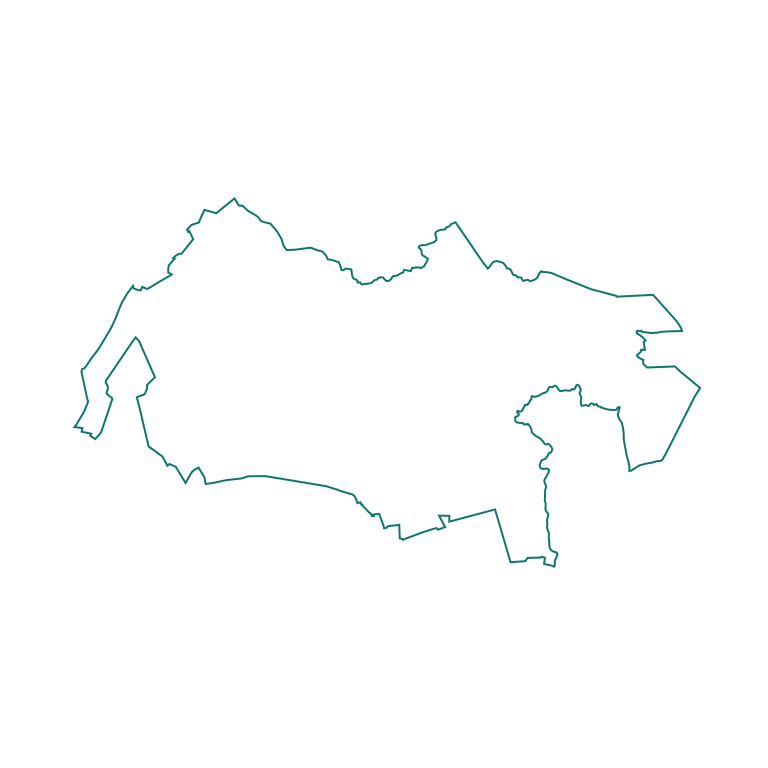 Coroneo, Guanajuato, Mexico (Albers equal-area conic projection), rotated 262°
{"feature_id": "50627088B99692357017309", "entity_name": "Coroneo", "entity_type": "district", "adm_level": 2, "iso_a3": "MEX", "parent_name": "Mexico", "parent_adm1": "Guanajuato", "projection": "albers", "projection_center": [-100.395, 20.217], "detail": "fine", "context": "isolated", "style": "outline", "palette": "teal", "viewbox_px": 768, "rotation_deg": 262, "n_neighbors": 0, "source": "geoboundaries", "source_scale": "gbopen_adm2", "svg_char_len": 6148}
<svg xmlns="http://www.w3.org/2000/svg" viewBox="0 0 768 768"><g transform="rotate(262 384 384)"><path d="M402.4,684.1L406.2,682.0L434.8,662.9L438.1,626.5L439.0,626.2L449.0,602.4L461.7,580.1L470.6,565.3L472.0,561.1L472.9,557.0L473.3,555.7L473.7,555.3L471.2,552.4L470.1,552.3L469.4,551.5L467.7,550.3L466.2,547.4L465.5,543.1L467.2,540.8L467.0,538.0L466.6,536.8L467.0,535.9L470.1,534.7L470.9,533.1L470.9,531.4L473.2,529.8L473.9,527.4L474.7,526.9L480.0,525.1L481.0,523.3L481.4,521.7L483.5,521.2L487.1,519.1L488.0,517.6L490.1,512.7L489.6,508.9L484.5,503.9L483.8,502.8L491.3,498.6L534.2,477.3L532.9,472.5L531.6,471.4L530.8,469.7L530.2,467.1L528.7,466.5L528.7,461.5L528.4,459.2L527.7,457.4L526.8,456.2L525.6,455.6L520.7,456.2L519.2,455.8L517.6,453.7L515.7,443.9L516.3,441.2L515.8,438.3L514.4,437.4L511.2,439.7L507.7,439.4L506.4,439.8L502.0,445.0L498.5,442.9L495.1,440.1L493.7,437.0L495.0,433.2L494.8,430.7L495.0,428.0L492.1,426.2L494.2,419.8L491.7,418.2L491.3,416.1L489.7,412.6L489.4,407.6L486.7,405.5L485.5,403.2L485.7,400.6L489.6,397.8L490.1,395.8L489.9,393.2L488.5,391.8L487.9,388.4L485.7,385.6L485.7,375.8L488.1,374.3L488.1,372.0L489.9,372.0L490.9,371.4L492.3,368.9L493.9,367.9L496.3,367.6L502.0,367.5L503.7,362.1L502.3,359.5L502.8,357.7L507.1,357.2L510.9,356.2L514.4,349.0L515.2,345.7L519.2,344.5L523.8,341.4L525.2,337.7L529.2,330.3L529.4,313.9L530.3,306.2L534.4,303.9L542.1,302.6L549.8,299.4L558.6,293.9L560.5,288.9L562.4,285.0L566.4,282.8L568.9,280.5L574.2,273.7L580.2,268.7L581.0,265.1L588.6,261.8L576.5,241.7L581.4,230.3L574.9,226.2L569.7,223.2L568.3,215.3L564.2,210.4L561.8,211.2L562.4,212.5L553.9,215.2L541.3,201.7L541.3,198.6L539.7,195.0L538.1,192.8L537.3,194.2L531.7,187.6L529.0,186.6L524.5,185.8L521.9,189.0L516.0,174.5L511.0,162.9L513.8,158.1L510.6,156.2L511.4,153.3L513.4,149.4L516.1,149.1L508.7,141.7L500.5,135.4L496.4,132.9L487.6,128.0L478.5,122.3L472.6,117.7L460.4,107.8L456.1,103.9L450.3,97.9L443.1,91.5L440.9,89.0L440.9,87.5L439.4,86.5L438.2,86.1L410.0,88.1L407.8,88.6L400.9,84.7L397.3,82.3L386.3,73.5L384.4,71.5L382.4,79.2L378.8,77.9L375.5,87.2L373.6,85.9L369.7,90.4L375.2,97.0L407.0,112.9L407.9,112.7L411.1,109.6L413.1,108.1L414.8,108.4L417.6,109.8L420.2,110.2L422.8,109.1L424.7,108.6L426.0,109.1L461.8,141.6L464.7,144.6L460.7,147.4L422.6,158.1L415.9,149.1L412.8,148.9L407.5,145.9L406.9,144.4L405.3,137.3L395.8,138.5L354.9,142.2L343.1,154.4L333.2,158.2L334.6,160.3L331.1,166.2L313.6,173.7L322.9,180.9L324.6,183.0L325.5,184.5L327.0,188.7L316.4,193.3L311.3,193.3L309.8,193.6L309.9,203.7L310.6,211.0L310.7,216.3L310.3,229.5L311.5,236.7L310.2,247.1L309.1,254.3L290.8,312.6L285.3,324.1L284.6,325.1L281.7,331.2L279.1,337.3L277.2,339.2L275.4,339.9L269.7,341.1L270.2,344.1L267.4,344.9L267.5,345.8L265.4,346.5L263.2,348.3L259.0,351.2L258.0,352.6L256.7,353.4L254.8,353.7L254.7,355.7L256.1,355.5L256.3,356.8L256.0,361.1L243.5,363.8L241.1,364.0L241.2,366.6L242.2,367.4L242.7,368.8L242.4,376.1L242.5,379.5L228.9,378.1L227.7,381.0L227.0,381.3L227.6,382.7L231.6,400.7L234.1,415.5L233.4,416.4L232.2,417.3L233.8,424.6L246.0,420.2L244.3,430.4L238.6,429.5L244.3,476.5L189.9,484.5L188.9,499.3L191.8,502.0L190.3,515.4L191.0,515.9L189.6,519.2L183.6,517.5L182.8,519.3L180.6,525.4L179.4,526.7L179.6,527.2L180.8,528.0L184.5,528.4L185.6,528.8L189.4,531.3L191.3,532.1L192.7,531.7L193.3,531.2L194.5,528.4L195.9,526.7L196.8,526.0L198.7,525.4L200.9,525.2L203.7,525.7L204.6,525.5L206.5,525.9L209.8,525.9L213.0,526.6L216.3,525.8L219.4,525.5L222.3,526.2L226.9,526.6L230.6,528.2L232.3,528.6L233.3,528.3L234.9,527.1L237.0,526.4L243.6,527.5L245.3,527.0L246.1,527.0L255.8,528.7L257.2,529.1L259.2,530.1L260.3,530.3L264.3,529.3L265.8,529.3L267.1,529.7L271.3,533.1L274.0,534.9L274.9,535.2L276.2,535.3L277.0,534.7L277.5,533.8L277.8,531.9L277.5,530.7L277.6,530.1L278.3,528.2L279.1,527.3L281.6,526.8L282.3,527.0L285.7,528.8L286.4,529.4L287.6,533.6L288.0,534.2L290.5,536.3L292.4,537.3L292.8,537.8L292.9,538.3L292.6,539.2L293.2,540.0L295.8,541.6L296.3,541.6L298.4,540.9L300.9,539.4L301.5,538.7L301.7,538.0L301.6,536.0L302.3,534.9L303.1,534.3L305.2,533.4L306.3,532.4L307.9,531.5L311.6,527.0L314.3,524.5L315.5,523.8L316.7,523.6L318.6,523.7L319.9,523.3L322.3,522.3L324.4,521.0L324.4,520.6L324.0,520.0L324.0,519.3L324.6,518.5L324.3,517.3L324.9,516.6L325.8,516.3L326.1,515.7L326.7,512.6L327.2,511.0L328.1,509.3L329.5,508.9L332.6,509.3L333.0,509.6L333.5,511.5L334.0,512.5L334.3,513.0L335.1,513.3L336.1,513.0L337.1,512.0L338.3,512.0L338.8,512.6L337.7,514.7L337.8,516.3L339.5,518.0L341.0,518.8L342.5,520.1L343.6,520.7L343.7,521.6L343.3,522.6L343.5,523.3L344.3,523.7L344.4,524.4L345.0,524.9L347.5,526.4L348.0,527.7L350.0,528.0L351.3,528.6L351.3,529.2L350.6,530.3L350.3,531.9L350.4,532.8L350.9,535.6L352.7,539.7L352.9,542.4L354.5,544.9L355.2,545.5L357.2,546.4L357.9,547.1L357.9,548.2L357.4,550.3L357.5,550.8L358.5,552.3L358.5,553.2L357.4,554.6L356.1,555.4L354.4,555.9L352.9,556.9L352.6,557.3L352.3,559.2L352.6,561.9L351.6,566.7L351.6,568.1L352.8,569.5L352.8,569.9L352.3,571.2L352.3,571.9L356.2,574.6L356.3,575.7L355.3,576.8L354.7,577.1L354.0,577.1L353.4,577.5L351.9,577.7L351.1,578.1L350.5,578.0L347.5,576.3L344.6,577.2L342.5,577.4L339.4,576.4L335.5,576.4L334.8,576.8L335.0,580.1L334.8,582.0L333.9,582.8L333.8,583.7L333.9,584.1L335.8,585.8L335.9,587.0L335.2,588.6L334.0,588.9L333.9,589.4L334.5,591.7L333.0,592.3L332.0,593.0L331.5,594.9L330.2,596.2L330.1,596.8L329.1,598.4L329.0,599.1L328.4,599.8L326.9,604.6L326.6,606.0L326.5,607.6L326.2,608.7L326.1,610.6L326.5,611.1L328.3,612.1L328.2,614.1L327.5,614.0L324.7,612.8L321.0,611.2L316.7,612.0L312.8,614.0L308.1,614.5L301.8,614.5L295.5,613.7L280.1,614.3L270.1,615.5L267.0,615.4L263.9,614.8L263.7,616.5L267.9,625.9L268.6,631.8L268.9,638.9L269.6,643.8L269.2,647.1L270.4,649.4L272.0,650.4L274.5,652.5L328.5,690.1L336.1,696.5L355.7,678.5L360.9,674.6L363.7,646.9L367.5,643.7L368.2,643.5L371.8,644.1L372.3,643.1L374.5,640.1L376.6,638.4L377.8,638.9L379.5,642.0L380.6,642.9L382.1,643.5L381.5,647.2L389.3,646.9L390.7,649.1L394.8,646.2L399.3,641.3L401.3,641.9L400.5,645.2L400.9,646.3L399.6,647.1L396.9,657.3L397.0,660.7L396.7,661.6L397.1,665.2L396.5,673.2L395.0,686.4L397.5,686.1L402.4,684.1Z" fill="none" stroke="#0f766e" stroke-width="2"/></g></svg>